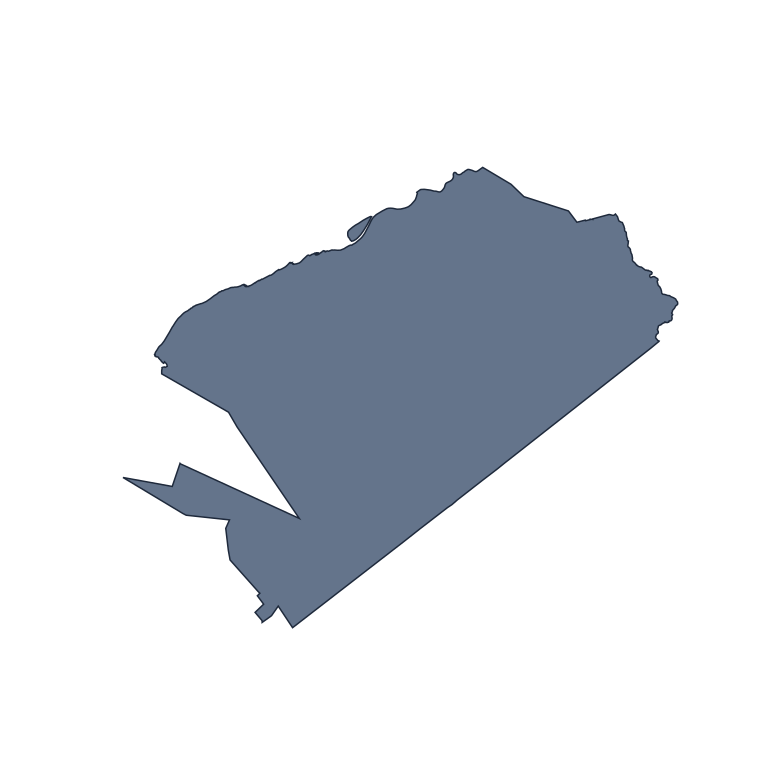 San Luis Río Colorado, Sonora, Mexico (Robinson projection), rotated 122°
{"feature_id": "50627088B17136177006846", "entity_name": "San Luis Río Colorado", "entity_type": "district", "adm_level": 2, "iso_a3": "MEX", "parent_name": "Mexico", "parent_adm1": "Sonora", "projection": "robinson", "projection_center": [-114.67, 31.992], "detail": "fine", "context": "isolated", "style": "filled", "palette": "slate", "viewbox_px": 768, "rotation_deg": 122, "n_neighbors": 0, "source": "geoboundaries", "source_scale": "gbopen_adm2", "svg_char_len": 6076}
<svg xmlns="http://www.w3.org/2000/svg" viewBox="0 0 768 768"><g transform="rotate(122 384 384)"><path d="M204.1,457.8L204.9,456.5L206.4,456.3L208.0,455.7L211.1,455.1L213.0,455.3L217.7,456.1L220.6,457.2L221.8,458.0L223.7,459.5L226.8,462.6L228.8,465.5L230.3,469.5L231.4,471.6L232.6,473.3L233.8,474.5L238.1,477.1L244.4,480.3L248.1,481.3L249.6,481.5L252.5,481.4L257.7,480.8L266.6,480.2L270.5,480.4L273.1,480.9L279.5,482.9L282.5,484.6L283.4,484.9L283.7,485.7L285.0,486.8L288.7,488.8L290.3,489.5L293.6,491.9L295.1,494.1L296.6,497.0L297.7,498.5L297.7,498.8L297.9,499.2L300.9,501.5L301.0,502.2L301.4,502.9L302.3,503.3L302.9,503.7L303.1,504.0L303.0,504.3L302.5,504.6L302.5,504.8L303.1,505.4L303.1,506.0L304.1,506.5L305.8,506.9L305.9,507.2L308.4,508.0L309.5,508.7L310.2,509.4L310.7,510.1L310.7,510.6L310.5,511.1L310.2,510.8L309.5,510.4L308.2,509.2L307.6,509.2L307.7,509.5L308.5,510.8L309.0,511.1L309.1,511.4L309.6,511.7L309.6,512.0L310.6,512.5L312.4,513.8L312.6,514.1L313.7,514.5L313.5,514.3L313.8,514.3L314.2,514.7L314.6,515.2L314.5,515.6L314.7,516.3L315.3,516.9L315.6,517.1L320.8,518.5L324.2,519.2L326.1,519.9L328.5,521.9L329.8,523.4L330.4,523.9L330.7,524.7L330.5,525.1L330.3,525.1L330.0,524.8L330.0,525.5L330.8,527.0L330.4,526.9L330.8,527.3L330.5,527.6L330.6,527.8L331.0,528.3L334.3,528.9L336.7,529.6L338.7,530.6L341.3,532.1L343.5,534.0L342.7,533.7L342.7,533.9L346.2,535.5L347.8,535.9L347.8,536.0L348.4,536.1L350.7,537.0L351.6,537.5L352.1,538.0L352.3,538.4L359.8,542.8L359.9,543.3L361.9,544.1L362.9,545.0L362.4,544.7L362.1,544.7L362.2,544.9L362.9,545.1L363.8,545.8L366.4,546.8L366.3,547.0L370.1,548.7L371.4,549.5L372.0,550.1L373.6,551.3L374.6,552.6L374.8,553.4L374.4,554.7L374.2,554.2L374.1,553.2L373.9,552.7L373.9,551.9L373.6,551.4L373.5,552.1L373.9,553.0L373.9,554.1L374.3,555.2L374.8,555.9L373.6,554.6L373.7,555.5L374.1,555.9L375.3,556.8L377.2,557.8L377.8,558.5L378.6,559.0L380.0,560.5L381.2,562.3L382.2,563.2L382.3,563.7L383.5,565.1L386.0,566.7L388.0,568.6L390.2,569.9L391.0,571.0L391.5,571.1L392.7,571.8L393.2,572.2L393.2,572.4L393.7,572.6L396.6,573.5L399.0,574.8L403.7,576.5L408.3,578.5L412.2,581.1L413.0,582.0L415.9,584.4L416.6,584.9L416.6,585.1L419.2,586.4L419.3,586.8L420.6,587.0L421.4,587.3L422.3,588.0L423.1,588.0L424.0,588.7L424.5,588.7L426.0,589.3L428.1,590.6L429.9,591.4L432.2,592.0L434.3,592.4L435.6,592.8L437.6,593.3L441.9,593.6L446.8,593.6L447.7,593.7L453.7,593.4L463.9,593.2L468.3,593.6L470.6,594.3L472.1,594.6L475.0,594.5L478.3,594.6L480.1,594.1L480.5,594.3L480.8,593.9L480.8,593.3L481.4,593.3L481.6,593.1L481.4,592.8L481.5,592.3L481.7,591.8L480.9,590.1L481.2,589.0L481.5,588.7L481.4,588.4L481.6,588.0L481.9,587.5L482.1,586.0L482.6,585.1L482.9,584.3L483.0,583.3L483.3,582.2L483.3,581.9L482.8,581.7L481.5,581.8L482.1,579.3L482.7,578.3L483.9,577.2L485.9,578.4L485.9,579.3L487.1,580.5L487.7,580.9L487.8,580.7L490.5,579.6L493.2,577.9L490.3,500.9L498.3,485.8L542.9,384.6L559.6,514.3L559.4,514.9L583.1,509.3L601.6,555.8L600.4,485.8L600.1,482.2L581.1,443.0L590.3,441.7L607.5,427.9L614.8,421.3L626.7,380.8L627.2,378.4L630.7,379.2L634.5,369.4L646.0,372.3L649.3,362.0L650.8,361.0L640.1,356.6L628.4,356.0L639.1,332.4L506.9,283.6L487.9,276.8L455.0,264.6L450.4,262.5L443.5,260.4L413.9,249.6L396.0,242.9L387.3,239.9L212.4,176.8L202.2,173.4L201.8,173.4L202.0,174.6L201.9,175.1L201.0,177.8L200.2,178.6L197.7,179.2L195.9,178.5L195.1,178.6L194.3,179.1L193.8,179.9L193.1,180.6L193.0,181.0L192.7,181.1L190.8,181.5L190.2,181.8L189.9,181.8L189.5,182.0L188.5,181.7L187.6,180.9L186.7,180.6L186.5,180.2L185.4,180.1L183.4,178.8L182.7,178.7L182.9,178.2L182.3,178.0L182.0,176.5L181.2,175.9L180.7,175.3L180.2,175.3L180.0,175.6L179.2,175.5L178.7,174.5L178.0,174.1L177.0,174.0L175.9,174.3L175.5,174.7L174.8,175.1L174.1,175.8L173.7,176.1L172.3,175.9L171.9,176.4L171.7,177.3L171.3,177.7L170.0,177.7L168.9,178.3L165.9,177.8L163.2,178.0L161.1,177.2L160.2,177.5L158.9,178.5L158.3,180.2L157.4,181.7L157.4,184.1L157.9,187.1L157.7,188.6L158.6,190.4L159.1,192.7L159.6,194.1L160.1,194.9L160.1,195.6L159.8,196.6L158.1,198.0L156.6,199.7L155.4,201.8L155.1,203.5L154.2,204.7L152.1,206.8L151.8,206.9L150.6,206.7L149.6,207.9L149.8,208.3L149.7,211.0L149.8,211.7L150.0,212.2L150.6,212.9L151.1,213.4L151.7,213.5L152.4,214.2L152.3,215.1L152.0,215.6L151.1,216.2L150.3,216.2L149.0,215.2L148.7,215.3L147.6,215.6L147.4,216.2L147.1,216.7L147.2,217.0L147.3,217.6L147.3,218.2L147.7,219.3L147.5,219.8L147.6,220.2L148.3,220.8L148.1,221.5L148.6,222.0L148.9,222.6L148.5,227.1L148.5,227.8L148.9,228.6L149.3,229.9L149.4,231.8L149.1,232.6L149.1,232.9L149.3,233.0L148.6,234.6L148.2,236.2L148.1,237.6L147.7,238.5L147.1,239.2L145.6,239.9L142.9,242.3L141.9,244.0L141.3,244.5L140.3,245.7L139.4,246.3L138.8,247.3L138.3,249.1L138.4,249.4L138.2,249.9L137.5,250.5L136.6,251.0L136.1,251.1L133.2,252.5L133.3,253.4L133.2,253.7L131.7,254.7L131.2,255.5L129.8,256.9L127.0,259.0L126.7,260.6L126.5,261.0L125.8,261.7L124.8,262.2L124.2,263.0L123.0,264.2L120.8,267.4L120.8,267.8L121.1,268.6L121.2,271.1L120.5,272.2L118.4,274.6L117.2,277.8L118.5,278.2L119.3,278.7L119.8,279.5L120.6,282.1L121.0,283.0L133.4,294.5L133.8,294.1L134.9,296.4L135.0,296.3L134.9,295.9L138.7,299.5L138.8,299.8L138.4,300.2L144.6,306.1L139.5,319.3L151.0,364.6L147.3,382.1L148.0,415.1L153.2,417.2L154.5,417.9L155.2,418.6L155.8,420.1L156.1,422.4L157.0,425.5L157.3,426.1L157.7,426.7L160.7,428.2L161.7,428.4L163.0,429.2L165.0,429.8L166.3,430.7L166.9,431.6L167.3,432.7L167.3,433.5L166.9,434.4L166.8,435.4L167.3,436.4L167.7,436.6L168.7,436.6L169.6,436.3L171.5,434.9L172.0,434.7L173.5,434.5L174.4,434.5L175.7,434.8L177.0,435.4L179.9,437.3L181.2,437.8L182.6,437.7L185.0,437.0L186.3,436.9L188.2,437.1L189.9,437.4L191.2,438.1L191.8,438.8L192.2,439.6L192.9,442.0L193.9,443.8L195.0,447.4L197.4,452.7L198.9,455.0L199.8,456.1L204.1,457.8ZM257.6,482.6L248.7,483.3L249.2,484.3L252.4,486.3L256.2,488.4L261.5,490.8L264.2,492.3L267.5,493.7L271.8,495.1L273.4,495.3L274.2,495.2L275.3,494.7L277.2,493.4L278.2,492.3L278.8,490.5L279.9,488.5L279.8,487.8L280.1,487.2L278.9,485.9L276.4,484.5L274.2,483.8L269.8,482.9L265.0,482.6L257.6,482.6Z" fill="#64748b" stroke="#1e293b" stroke-width="1.5"/></g></svg>